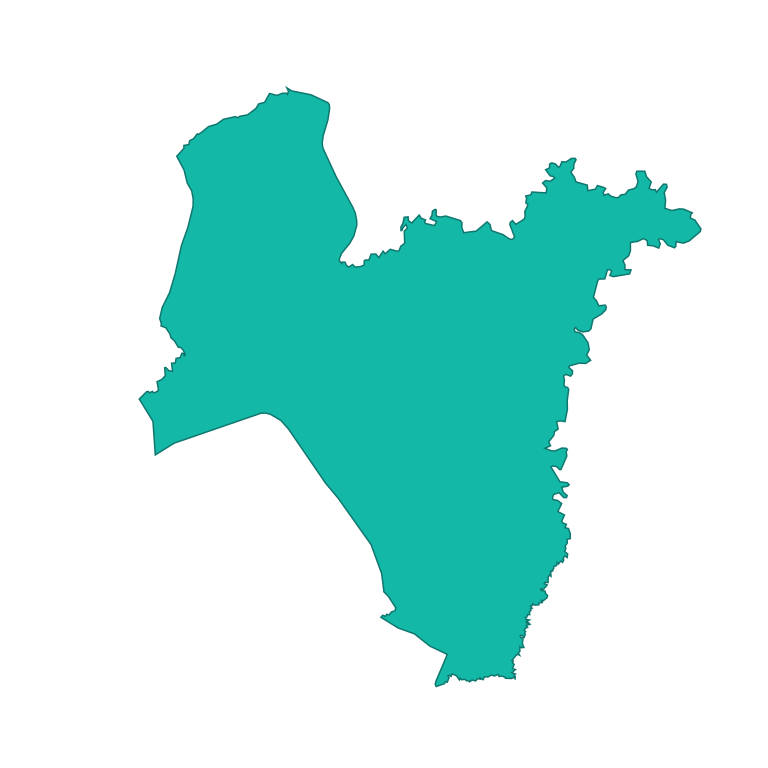 the district of Nam Kliang, Si Sa Ket, Thailand, rotated 16°
{"feature_id": "78962969B29534928610541", "entity_name": "Nam Kliang", "entity_type": "district", "adm_level": 2, "iso_a3": "THA", "parent_name": "Thailand", "parent_adm1": "Si Sa Ket", "projection": "mercator", "projection_center": [104.559, 14.911], "detail": "fine", "context": "isolated", "style": "filled", "palette": "teal", "viewbox_px": 768, "rotation_deg": 16, "n_neighbors": 0, "source": "geoboundaries", "source_scale": "gbopen_adm2", "svg_char_len": 6170}
<svg xmlns="http://www.w3.org/2000/svg" viewBox="0 0 768 768"><g transform="rotate(16 384 384)"><path d="M607.4,496.7L603.8,495.3L604.2,491.9L602.8,490.2L604.0,486.3L602.8,482.9L605.7,481.2L604.2,476.3L601.2,472.1L597.6,472.3L598.0,468.6L594.5,468.4L592.6,466.9L593.6,460.2L586.2,458.7L587.8,450.0L583.1,448.1L578.2,448.5L577.3,446.6L577.5,443.5L582.2,440.2L588.0,443.6L590.7,442.9L590.8,440.7L586.2,438.7L583.3,434.3L588.9,431.5L589.7,429.6L587.3,428.4L580.1,429.5L567.4,417.8L568.8,416.2L572.9,415.9L576.7,417.9L577.7,417.4L579.6,402.9L577.8,398.9L578.3,396.3L576.9,395.6L572.7,396.5L567.2,401.0L563.5,402.1L556.4,401.4L561.1,397.5L558.3,394.2L561.4,386.6L561.0,382.8L563.8,379.3L560.3,372.6L563.8,370.8L568.4,370.3L567.3,357.8L564.7,349.5L563.0,338.3L561.4,336.7L558.9,336.9L557.2,335.3L556.2,329.9L554.3,327.0L556.2,324.6L561.2,325.0L562.3,322.2L561.5,319.2L557.1,317.2L557.0,315.7L565.9,310.1L572.1,308.7L576.1,304.2L570.8,300.3L571.9,294.4L568.7,288.1L561.4,282.0L557.6,280.7L553.5,281.4L551.7,279.0L552.6,276.9L555.3,278.7L560.6,279.2L566.2,276.7L567.7,274.0L567.1,264.0L574.0,256.6L576.7,251.7L576.5,248.8L574.9,247.2L568.9,249.6L565.1,245.3L561.4,243.0L561.0,225.6L561.8,223.9L567.3,222.1L567.3,212.6L569.6,211.9L571.8,212.9L571.2,217.4L574.8,217.6L589.7,210.5L590.0,206.2L584.0,207.6L582.8,203.1L579.6,199.5L583.9,193.3L584.2,188.1L581.9,180.1L588.5,177.0L593.3,172.7L597.5,173.6L599.2,178.0L604.5,177.0L610.7,177.6L610.9,173.1L608.1,169.4L609.0,168.3L612.8,168.3L618.7,172.4L625.6,173.0L626.6,171.2L625.4,166.7L632.9,166.1L637.8,162.5L646.0,150.3L645.9,147.6L637.6,140.7L632.6,140.0L632.2,136.2L633.2,134.5L623.7,133.3L619.5,134.3L612.9,137.9L605.6,137.7L604.0,129.6L600.6,122.8L601.9,116.8L600.5,114.2L597.6,114.8L593.0,124.6L591.2,122.4L587.7,123.6L584.9,122.9L585.2,116.1L579.2,112.4L576.0,107.6L568.4,109.8L568.2,112.6L572.4,119.3L572.3,124.7L570.6,127.2L565.5,130.3L563.5,135.2L559.6,136.9L558.1,140.0L555.9,141.0L550.4,140.9L547.1,139.4L543.5,141.9L541.9,139.5L543.2,135.0L540.6,134.5L534.5,134.4L533.5,138.4L526.6,142.0L524.6,136.8L512.8,136.8L510.1,132.9L505.2,128.8L507.0,124.5L505.9,120.3L506.8,115.5L505.5,114.4L502.0,115.5L497.8,120.4L493.7,121.3L493.2,126.2L492.1,127.6L488.1,125.2L484.2,125.2L482.6,126.9L483.5,130.6L480.3,133.5L486.3,138.1L489.5,137.9L491.3,139.0L487.9,143.3L483.3,143.9L481.0,147.1L486.5,150.7L487.2,155.6L473.2,158.7L473.0,161.7L468.4,164.3L469.9,166.1L470.4,170.8L472.4,171.4L472.9,173.3L471.8,179.1L473.5,184.1L473.2,187.0L466.7,194.2L462.5,191.5L460.8,193.9L461.0,196.0L469.0,206.7L468.3,208.7L466.6,210.0L463.9,209.9L457.3,207.6L444.9,206.9L442.0,201.5L438.4,199.7L430.5,211.6L418.9,216.6L415.7,212.2L414.5,207.5L412.4,205.8L397.1,205.5L392.3,207.9L388.8,208.3L387.5,207.2L386.2,202.3L385.0,202.0L382.9,204.5L383.6,208.7L382.7,212.4L389.9,213.4L388.8,217.8L379.5,218.3L378.4,216.9L378.7,214.8L374.2,214.5L371.3,211.9L366.2,221.6L362.5,220.3L361.1,216.7L357.4,218.2L357.9,224.3L357.0,228.4L358.0,231.8L358.9,231.5L359.3,228.2L361.2,224.8L363.5,227.2L361.4,231.7L365.1,243.0L362.2,246.9L361.7,251.7L360.2,252.7L352.9,252.8L349.3,258.5L346.5,256.6L344.1,263.9L340.3,261.3L335.8,262.8L335.3,269.0L331.8,270.0L331.1,271.2L332.1,275.2L328.4,278.0L323.8,279.5L320.9,277.8L317.9,281.4L315.1,280.2L313.0,277.6L310.3,278.3L310.2,279.8L307.4,278.1L306.6,276.2L307.2,270.2L312.3,258.2L314.2,250.2L314.1,238.8L312.7,234.4L309.4,227.8L305.4,222.8L280.9,198.0L260.3,174.1L258.3,169.9L257.1,162.1L257.3,146.0L255.8,133.9L254.2,130.3L252.4,129.0L234.1,126.1L214.4,127.7L209.0,126.1L211.6,129.1L211.3,132.2L209.9,131.4L206.4,132.4L201.5,136.1L193.9,136.3L191.6,146.2L186.4,149.2L184.9,154.5L178.6,162.9L171.3,166.6L170.2,168.3L167.4,168.0L156.7,173.8L151.6,180.3L144.4,184.9L139.0,192.7L136.7,195.2L135.5,195.1L133.3,200.7L130.1,203.7L130.5,207.6L125.9,209.8L126.7,212.7L122.0,222.2L132.9,233.5L139.5,245.1L145.9,251.3L149.6,258.8L151.5,266.0L152.3,287.4L151.1,306.8L152.9,335.6L152.7,355.3L149.7,371.5L150.3,382.8L153.4,387.5L153.6,389.6L158.8,390.1L164.3,394.8L166.5,398.3L170.7,400.3L176.2,405.4L178.2,404.9L181.2,406.4L184.8,410.2L184.2,411.8L182.5,409.9L181.2,410.2L180.8,414.9L177.1,416.6L177.6,421.3L174.1,422.5L177.2,430.1L173.4,430.5L169.7,428.3L168.7,428.8L171.5,436.4L169.1,440.9L165.2,444.4L168.7,451.4L168.5,453.3L165.2,456.1L163.4,454.9L161.2,457.1L159.7,456.2L158.0,456.7L152.9,465.9L172.2,483.6L183.7,515.2L198.6,498.7L273.6,446.1L278.1,444.6L283.1,444.4L295.0,447.5L304.6,453.6L355.0,495.3L371.8,506.7L415.9,542.0L433.9,566.7L441.3,583.9L446.7,586.9L457.0,595.9L457.1,599.0L454.0,601.0L452.5,604.7L450.1,604.6L449.4,606.9L446.5,606.7L445.3,609.1L464.7,614.6L482.2,615.8L500.3,623.3L519.4,626.5L515.9,655.0L515.9,658.4L517.6,660.4L524.8,655.3L525.2,653.1L527.0,653.2L527.5,648.0L525.9,646.7L527.2,645.8L529.1,646.5L529.4,643.8L534.2,644.5L538.0,647.7L538.4,645.9L539.9,646.9L543.3,645.6L545.3,646.6L547.6,645.8L548.3,646.7L550.4,644.2L553.9,644.2L555.2,641.4L558.0,641.2L557.5,640.1L560.8,640.9L561.2,637.8L564.7,636.9L567.6,634.1L570.5,634.3L573.8,631.7L575.3,633.5L577.0,632.4L581.0,632.4L581.8,633.4L587.9,631.9L589.3,630.2L591.2,631.2L590.9,629.1L589.1,627.7L590.2,626.6L586.3,626.2L589.1,622.3L585.8,622.1L586.4,617.6L584.4,616.8L584.7,614.7L583.1,614.7L585.7,608.5L587.1,606.9L589.0,607.3L587.2,605.5L588.3,603.6L587.0,599.0L588.7,599.6L591.1,598.7L588.5,595.3L587.7,589.7L585.6,590.1L584.3,588.6L585.5,587.4L588.6,588.7L588.8,585.8L587.7,584.2L588.4,583.0L586.6,581.9L587.5,579.3L589.1,578.4L587.3,576.8L590.6,574.7L587.9,573.2L587.6,574.4L586.7,574.2L586.2,572.9L588.7,570.8L585.5,571.1L584.3,569.6L585.4,568.9L585.7,566.1L587.6,565.6L586.6,562.5L587.7,561.2L586.9,559.4L588.1,558.7L586.0,557.1L587.9,555.6L587.5,554.3L590.3,554.9L593.7,553.6L593.3,551.7L596.4,550.4L596.3,549.1L594.2,548.6L597.0,548.2L599.6,544.6L599.5,542.2L597.1,540.9L595.9,538.7L591.9,539.1L591.1,537.8L594.0,537.2L596.3,532.2L593.0,531.8L593.6,530.1L596.4,529.7L595.0,524.1L595.8,522.1L597.5,522.8L595.9,518.2L597.7,517.2L597.0,516.2L598.0,515.1L597.6,512.3L599.9,511.2L599.5,507.9L601.3,509.0L602.7,505.4L604.9,506.2L605.3,503.5L604.1,502.7L605.2,499.4L607.9,500.3L607.4,496.7Z" fill="#14b8a6" stroke="#0f766e" stroke-width="1.5"/></g></svg>